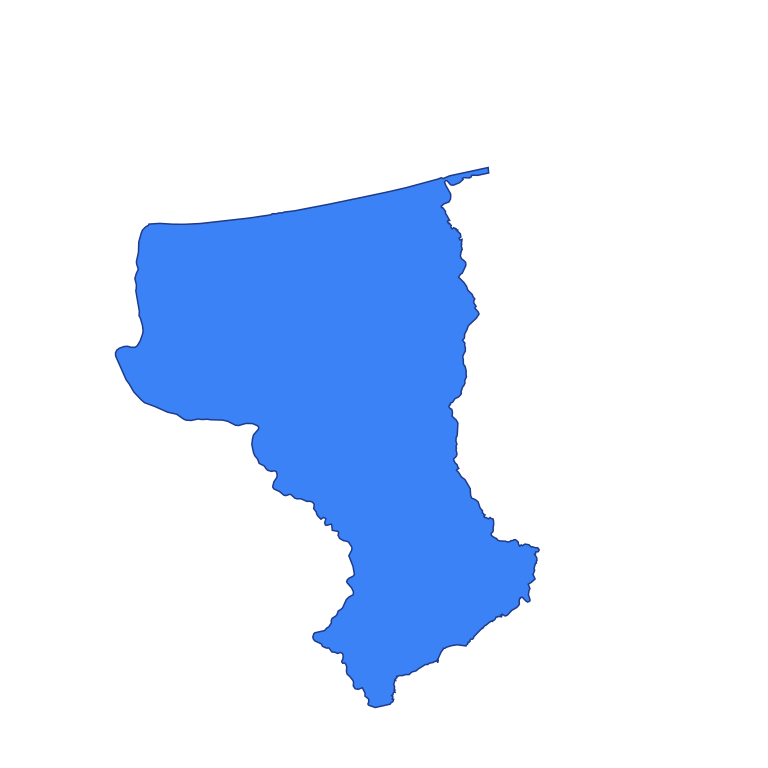 the district of Kulon Progo, Yogyakarta, Indonesia, rotated 145°
{"feature_id": "22746128B43033686501526", "entity_name": "Kulon Progo", "entity_type": "district", "adm_level": 2, "iso_a3": "IDN", "parent_name": "Indonesia", "parent_adm1": "Yogyakarta", "projection": "orthographic", "projection_center": [110.154, -7.813], "detail": "fine", "context": "isolated", "style": "filled", "palette": "blue", "viewbox_px": 768, "rotation_deg": 145, "n_neighbors": 0, "source": "geoboundaries", "source_scale": "gbopen_adm2", "svg_char_len": 6171}
<svg xmlns="http://www.w3.org/2000/svg" viewBox="0 0 768 768"><g transform="rotate(145 384 384)"><path d="M531.8,390.6L529.1,385.6L529.2,382.0L528.7,379.9L526.2,376.9L523.7,375.9L522.7,374.5L522.6,373.5L523.7,370.7L525.4,368.9L530.2,367.1L533.6,364.2L534.3,363.2L534.4,361.3L531.3,355.9L529.7,350.2L528.3,348.8L525.0,347.9L523.6,346.9L522.6,341.9L521.4,340.1L517.8,337.5L514.5,332.1L511.7,330.2L510.3,328.1L510.2,325.3L513.1,322.3L512.9,318.1L513.8,315.8L513.9,313.8L513.2,309.4L510.1,309.4L508.9,307.3L509.3,306.5L512.2,304.5L512.9,302.0L511.7,301.0L507.6,299.5L507.7,298.4L510.3,293.8L506.3,289.7L506.4,288.2L508.4,286.5L508.9,283.0L507.1,279.0L504.7,276.6L503.7,274.8L503.9,269.4L504.2,268.2L505.8,266.4L511.3,263.5L514.0,252.4L517.5,244.9L519.6,244.3L524.1,245.0L526.2,244.7L528.0,243.5L528.2,242.1L527.5,235.6L528.2,231.5L529.6,229.5L530.5,229.1L534.9,229.6L538.5,229.0L546.3,224.4L548.3,224.1L551.7,224.3L554.8,222.1L556.6,221.6L560.9,221.8L562.9,220.5L564.3,218.4L568.4,216.8L571.2,216.9L574.1,216.1L583.4,219.9L584.9,219.6L587.5,217.5L588.2,215.3L588.0,213.2L584.7,207.6L584.4,206.4L584.9,204.9L584.5,203.7L582.6,200.7L580.5,199.3L580.4,194.5L577.7,191.9L576.7,190.0L573.5,189.0L572.6,186.8L573.5,184.5L575.6,182.2L577.6,181.2L578.0,180.3L578.0,178.9L576.2,178.1L576.1,175.8L576.9,173.5L579.7,170.0L580.6,167.4L579.8,164.0L579.5,158.8L580.0,157.2L582.4,154.2L582.4,150.9L580.3,148.7L576.0,147.6L576.8,141.7L578.6,139.2L577.3,134.8L578.9,132.3L580.6,131.2L580.9,130.4L580.5,129.2L576.7,124.0L562.6,118.2L561.2,118.8L558.9,118.7L557.0,120.2L558.0,121.0L556.2,122.5L556.4,124.5L555.0,124.2L553.7,125.6L552.6,125.9L551.8,125.1L551.3,127.3L550.5,127.1L550.7,128.0L549.0,129.9L548.3,132.4L545.5,134.6L545.1,135.4L544.7,135.5L544.3,134.8L544.0,135.6L543.1,136.1L541.8,136.0L541.3,137.3L539.6,136.4L538.9,136.5L535.9,134.4L533.0,133.6L530.2,131.6L526.3,132.1L522.2,130.6L519.6,130.9L511.0,130.5L509.0,129.1L507.3,129.4L503.2,127.6L502.1,127.8L500.4,127.0L498.8,127.4L499.9,124.8L498.1,126.5L497.7,127.5L495.9,128.8L491.1,131.6L487.4,132.9L487.0,133.4L485.8,132.6L483.7,132.5L478.9,131.0L473.6,128.4L467.1,122.4L466.6,122.9L464.6,123.0L463.3,124.2L462.7,123.7L461.1,123.9L460.6,124.7L459.0,125.2L458.0,124.3L456.9,124.3L455.2,125.5L443.8,127.7L443.5,127.2L439.9,128.3L438.7,127.9L435.1,128.3L432.0,128.2L431.2,127.2L430.5,127.6L428.5,127.4L425.7,128.8L424.6,128.0L423.5,127.9L421.3,125.9L420.6,126.4L420.8,127.5L420.1,127.1L419.3,127.7L417.9,124.6L416.8,124.1L415.0,124.0L409.1,125.3L403.7,124.8L401.2,125.2L399.4,126.0L397.4,129.2L395.7,130.6L395.2,130.2L394.6,130.6L393.5,130.5L393.0,130.0L392.3,125.1L391.5,123.1L389.9,122.6L388.8,122.7L388.1,123.6L386.6,128.6L383.5,131.8L381.8,132.7L380.7,137.3L377.2,137.0L372.1,137.6L371.1,142.6L367.5,144.9L366.9,146.9L363.0,150.0L361.9,149.9L361.0,151.4L359.9,151.7L358.5,154.2L358.3,158.2L357.3,157.9L356.1,159.4L353.9,158.2L352.0,159.1L352.0,161.6L354.4,163.6L355.8,165.6L356.9,166.1L357.5,169.2L360.3,172.0L363.4,172.2L363.9,173.5L365.8,173.4L365.7,175.8L364.7,177.6L365.5,180.9L366.9,181.9L368.4,181.9L370.0,182.9L371.1,182.7L373.1,183.4L374.8,185.7L378.9,188.8L380.4,190.8L380.4,192.9L381.6,194.6L382.9,198.3L381.9,200.2L379.8,200.4L378.7,201.2L376.4,204.5L375.0,205.6L372.7,209.2L372.1,211.0L373.6,212.8L373.7,213.8L375.9,213.7L377.0,216.1L378.0,216.9L378.0,218.2L376.4,218.8L377.2,219.6L376.8,220.7L377.3,222.1L376.0,223.7L376.4,227.3L374.5,233.5L375.5,236.9L377.7,240.4L376.8,243.3L373.4,248.8L372.5,259.4L373.9,263.4L373.6,269.0L374.2,271.7L373.5,272.1L371.2,271.9L371.0,274.6L370.4,275.9L371.0,278.6L370.4,282.0L370.0,282.6L366.3,283.3L364.4,284.7L362.5,289.2L361.6,289.7L360.8,291.6L358.8,292.9L357.8,296.0L355.4,299.0L354.4,299.2L352.4,301.3L345.9,309.6L345.5,313.1L346.7,318.4L344.0,321.8L343.0,324.4L343.9,326.0L343.9,328.4L342.5,329.1L341.5,328.9L340.4,330.3L338.4,329.7L334.2,331.3L330.4,330.6L326.8,331.4L325.8,332.2L325.6,333.2L321.3,336.5L319.8,336.8L317.2,338.2L315.9,340.5L312.2,342.7L311.5,344.4L309.1,347.7L307.4,352.1L307.6,354.2L307.2,355.3L304.9,358.7L304.0,361.1L300.5,363.4L298.8,364.0L296.5,367.1L295.8,369.4L294.3,371.1L294.6,374.8L291.8,375.5L289.2,378.7L285.1,380.8L281.5,383.4L270.5,385.0L266.0,386.8L265.5,389.0L266.0,393.9L265.4,394.6L264.0,394.8L264.0,398.6L262.9,400.5L260.8,401.7L261.0,403.9L260.4,406.8L261.5,412.9L260.4,416.7L260.3,421.1L261.6,428.8L258.4,430.0L256.3,429.9L249.0,434.1L247.4,436.7L247.5,438.3L248.7,442.4L248.0,445.1L245.3,447.7L245.4,448.0L244.0,448.6L243.6,449.3L242.8,449.3L241.3,453.2L240.2,453.8L240.1,454.5L237.1,457.7L239.1,458.2L238.9,460.4L236.7,460.3L235.3,463.2L236.0,466.5L235.4,467.7L236.1,467.6L235.9,468.4L236.5,469.2L235.9,469.8L237.3,472.1L239.0,471.8L239.4,472.9L239.0,474.8L238.0,475.2L238.2,477.9L238.4,478.5L239.1,478.4L239.0,479.7L238.5,481.1L236.4,480.3L235.6,488.8L234.6,490.2L234.7,494.5L235.5,495.3L235.3,496.7L231.8,497.2L226.4,495.9L223.5,497.3L221.2,500.1L220.4,501.6L219.5,511.2L218.6,514.5L217.7,515.2L216.6,515.2L215.7,514.1L215.2,509.0L214.2,507.8L212.6,506.9L206.7,505.6L201.9,506.2L201.8,507.4L200.3,507.3L196.0,503.9L194.0,503.6L192.6,504.5L191.8,504.3L187.6,501.2L177.2,496.8L174.5,501.6L210.9,516.9L217.8,518.4L218.7,520.1L222.2,520.9L253.7,532.3L273.4,540.3L324.5,562.2L358.2,577.3L367.4,582.2L368.7,582.3L372.3,584.6L374.3,585.1L377.9,587.6L379.7,587.5L400.2,597.8L442.4,620.8L455.9,629.3L465.3,636.0L475.6,644.2L484.8,649.8L485.9,649.1L489.2,649.4L493.5,648.6L496.1,647.0L503.5,640.9L509.7,632.6L516.6,626.3L517.9,624.0L519.1,619.8L520.2,618.4L523.2,616.8L527.6,613.3L529.9,607.3L532.6,603.8L533.7,603.0L542.7,583.9L545.5,580.4L545.8,577.6L548.3,570.4L551.0,565.5L553.0,563.5L559.1,559.1L564.1,556.9L566.8,556.8L570.1,559.1L572.3,561.9L575.4,563.8L580.2,565.1L583.3,565.0L586.0,563.6L587.8,560.8L592.8,535.3L592.7,529.8L593.5,521.1L591.9,510.0L590.9,506.1L584.8,497.3L577.4,485.0L571.2,478.2L568.3,470.3L567.0,468.1L563.0,464.8L556.2,461.9L553.8,459.5L548.7,456.3L546.8,454.4L536.8,446.9L533.4,443.1L529.3,435.4L526.9,433.4L519.7,430.9L514.4,427.0L511.4,422.1L511.6,420.2L512.8,419.0L520.0,417.2L522.9,414.8L527.0,410.2L530.2,402.8L531.0,399.4L530.6,395.0L531.8,390.6Z" fill="#3b82f6" stroke="#1e3a8a" stroke-width="1.5"/></g></svg>